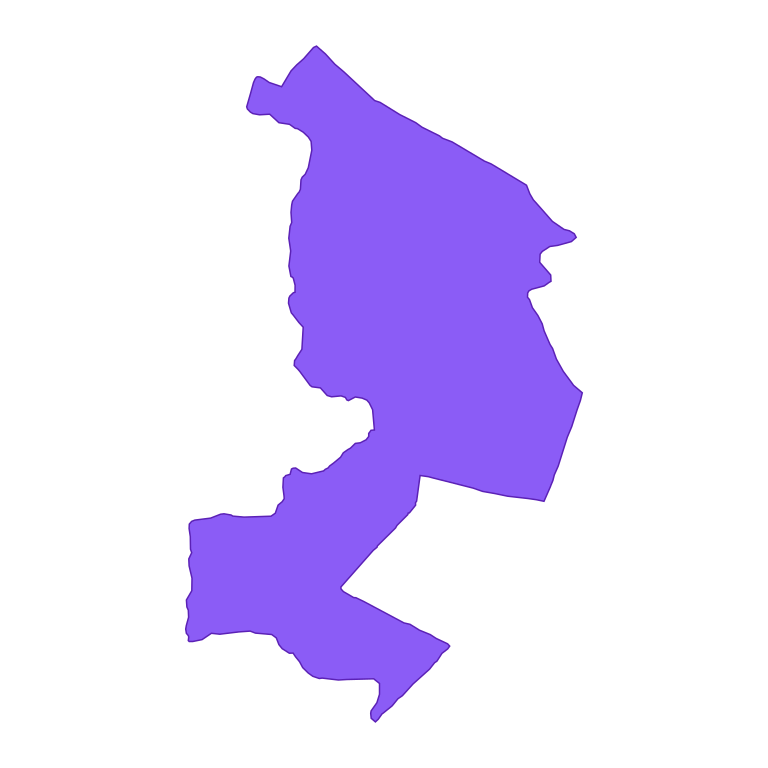 outline of Oratorio, Santa Rosa, Guatemala
{"feature_id": "79465075B83773112277760", "entity_name": "Oratorio", "entity_type": "district", "adm_level": 2, "iso_a3": "GTM", "parent_name": "Guatemala", "parent_adm1": "Santa Rosa", "projection": "robinson", "projection_center": [-90.174, 14.117], "detail": "fine", "context": "isolated", "style": "filled", "palette": "violet", "viewbox_px": 768, "rotation_deg": 0, "n_neighbors": 0, "source": "geoboundaries", "source_scale": "gbopen_adm2", "svg_char_len": 3426}
<svg xmlns="http://www.w3.org/2000/svg" viewBox="0 0 768 768"><path d="M188.3,640.6L189.2,641.5L192.8,641.5L202.1,639.6L211.4,633.3L219.8,634.2L238.9,631.9L250.2,631.1L255.4,633.1L271.7,634.5L276.3,637.9L278.9,644.6L282.2,648.7L289.3,653.2L293.1,653.1L295.4,656.6L299.6,661.8L302.7,667.6L308.2,673.0L312.8,676.3L319.3,678.5L322.1,678.1L338.4,680.0L346.7,679.5L373.7,678.8L379.5,683.5L379.5,694.3L376.9,702.7L371.1,710.9L370.7,713.4L371.2,718.3L375.4,721.9L378.3,719.2L382.0,713.9L383.2,713.1L392.2,705.8L398.0,698.7L402.4,695.7L413.0,684.0L429.6,669.1L434.6,662.7L436.9,661.2L440.2,656.1L441.9,653.4L447.7,648.9L449.7,646.1L447.6,643.8L436.1,638.4L430.3,634.6L419.5,630.2L410.0,624.3L403.9,622.9L363.6,601.4L355.9,597.7L353.7,597.6L343.4,591.6L341.0,588.9L340.9,587.0L373.3,550.3L377.0,547.3L377.4,545.9L395.6,527.9L396.9,525.5L407.8,514.6L408.2,513.0L409.4,512.9L415.6,505.2L415.5,502.7L416.6,501.2L420.1,475.5L428.4,476.7L433.6,478.1L473.1,488.1L482.6,491.4L495.1,493.6L507.6,496.2L527.9,498.5L536.3,499.7L544.0,501.3L550.4,486.7L550.9,485.3L552.9,480.5L554.3,474.9L558.2,466.1L567.3,437.2L571.7,426.7L577.1,409.8L580.4,400.5L582.3,392.8L573.5,385.3L571.8,382.9L563.3,371.4L556.4,359.1L552.6,348.5L550.0,344.4L544.1,330.8L542.2,323.8L537.9,315.5L532.4,307.7L529.5,299.6L527.5,297.2L527.7,292.9L529.0,290.8L531.8,289.2L544.2,285.9L549.1,282.4L551.0,281.3L550.7,275.0L539.7,262.3L540.1,254.2L542.3,251.4L549.8,246.5L557.7,245.4L571.4,241.6L576.2,237.4L574.3,233.8L569.5,230.8L564.0,229.4L552.4,221.4L536.9,203.8L533.3,199.8L529.8,193.8L526.5,185.2L491.1,163.9L484.4,161.1L452.1,141.9L442.6,138.3L439.5,135.9L422.0,127.2L415.8,122.7L399.8,114.6L380.1,102.4L374.7,100.6L343.9,71.9L334.8,64.2L325.5,54.0L316.5,46.1L313.5,47.5L303.6,58.8L296.8,64.8L291.1,70.8L281.6,86.7L269.2,82.5L264.0,78.9L260.3,77.0L258.5,76.8L257.2,76.8L256.3,77.4L255.1,79.0L253.5,82.6L250.5,93.6L246.7,106.8L247.4,109.0L250.4,112.1L252.9,113.6L259.5,114.8L269.7,114.2L278.9,122.7L289.5,124.3L295.2,128.4L297.4,128.6L303.1,132.1L308.3,137.0L311.1,141.4L311.8,150.2L308.3,167.7L305.2,174.3L302.2,177.2L301.0,179.8L300.4,189.3L299.1,192.1L297.9,193.4L294.2,198.7L292.5,201.2L291.7,204.9L291.0,212.4L291.7,222.5L290.1,226.3L288.8,238.2L290.7,251.0L288.9,266.0L290.9,276.5L292.4,277.2L293.3,278.2L295.1,285.3L295.0,292.3L293.4,292.7L289.9,296.0L288.9,298.1L288.5,303.2L291.3,312.8L293.0,314.8L298.9,322.5L303.2,327.2L301.9,349.3L298.1,355.1L295.7,359.1L294.6,360.5L294.2,365.5L297.8,369.1L299.6,371.2L310.1,385.4L312.0,386.8L320.4,387.9L327.2,395.5L331.6,396.8L341.1,395.9L345.4,397.4L346.8,399.9L348.4,400.6L355.3,397.0L362.1,398.1L366.8,400.1L369.2,402.8L372.6,409.7L374.4,430.0L371.0,430.3L369.8,432.0L368.7,433.4L368.7,436.5L366.1,439.8L360.2,442.8L355.3,443.4L350.4,448.2L348.0,449.5L343.3,452.8L340.6,457.2L333.4,463.2L329.8,465.8L328.0,468.0L325.3,469.3L323.6,470.9L311.5,473.8L302.5,472.5L295.7,468.0L293.1,468.2L291.5,469.0L290.1,474.3L285.7,475.6L284.8,476.8L283.4,477.9L282.9,487.3L284.0,495.8L284.2,498.7L282.2,501.7L278.1,505.1L275.3,513.2L271.0,516.2L244.1,517.1L232.8,516.1L231.1,515.0L224.0,513.8L220.6,514.2L210.6,518.1L194.8,520.1L191.6,521.4L189.3,524.1L189.1,528.5L190.3,536.6L190.5,549.2L191.7,552.7L188.8,558.9L189.1,565.9L192.0,578.2L191.8,590.7L186.4,600.0L186.9,607.0L188.3,610.2L188.6,617.2L186.3,625.6L185.7,629.1L186.4,633.4L187.4,634.5L188.4,635.8L188.7,637.1L188.3,640.6Z" fill="#8b5cf6" stroke="#5b21b6" stroke-width="1.5"/></svg>